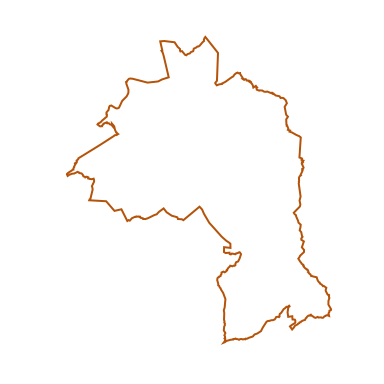 Chapantongo, Hidalgo, Mexico, rotated 82°
{"feature_id": "50627088B87076306063462", "entity_name": "Chapantongo", "entity_type": "district", "adm_level": 2, "iso_a3": "MEX", "parent_name": "Mexico", "parent_adm1": "Hidalgo", "projection": "mercator", "projection_center": [-99.438, 20.245], "detail": "fine", "context": "isolated", "style": "outline", "palette": "amber", "viewbox_px": 384, "rotation_deg": 82, "n_neighbors": 0, "source": "geoboundaries", "source_scale": "gbopen_adm2", "svg_char_len": 5930}
<svg xmlns="http://www.w3.org/2000/svg" viewBox="0 0 384 384"><g transform="rotate(82 192 192)"><path d="M142.8,299.8L143.8,300.2L144.8,301.9L146.1,301.8L146.7,302.1L148.0,303.4L147.2,303.7L147.4,304.0L148.4,303.7L150.4,305.2L150.8,305.1L151.7,305.9L153.3,306.3L153.1,306.9L153.9,307.9L155.7,311.8L156.6,313.2L157.1,313.4L158.8,312.9L157.6,310.7L157.7,310.0L157.2,308.5L157.3,306.1L156.1,302.4L156.8,301.7L157.0,301.1L157.6,300.9L158.2,298.8L159.8,297.7L160.8,297.6L161.5,297.2L161.9,296.1L162.7,295.7L162.2,294.3L162.6,293.3L163.1,292.6L164.1,293.0L164.9,291.3L165.4,289.3L165.1,287.6L166.3,287.3L168.1,287.5L172.3,290.3L174.3,290.0L175.9,290.1L184.5,293.5L184.9,294.3L185.9,294.9L189.2,278.3L199.9,271.4L199.3,264.3L211.7,260.1L211.0,258.8L211.7,257.6L209.6,255.1L208.7,252.1L208.9,251.1L208.4,250.6L209.0,248.7L208.8,248.0L209.5,247.3L209.4,246.7L210.4,246.5L211.2,244.3L211.9,244.2L212.3,241.9L211.8,239.2L209.5,232.2L209.2,230.1L207.2,227.7L204.3,222.4L208.5,220.0L212.7,215.3L214.8,210.4L215.2,210.0L216.8,209.7L217.6,205.8L218.7,204.5L207.6,186.6L210.8,184.4L215.2,183.2L224.9,179.2L240.4,168.8L245.0,164.9L247.3,162.3L248.6,161.2L252.7,161.7L251.1,167.9L255.9,168.7L257.1,167.2L257.3,163.3L258.7,163.3L259.1,162.6L259.2,162.1L258.5,161.1L259.7,157.6L258.9,156.8L258.9,155.4L258.2,153.6L258.6,152.9L260.4,152.1L264.6,154.2L267.2,156.0L267.7,158.1L269.3,159.1L270.5,159.2L271.0,160.1L270.7,161.1L271.2,162.2L270.3,164.4L271.3,165.1L271.9,166.4L272.9,167.1L274.0,168.4L274.6,168.2L275.3,169.5L275.8,169.9L276.1,170.9L275.2,171.9L275.8,174.0L277.3,174.2L278.4,175.2L279.2,175.4L279.6,177.0L280.1,177.2L280.1,177.8L280.9,178.8L282.8,179.3L286.3,178.8L288.1,179.0L288.7,178.2L290.5,177.8L291.2,177.1L292.5,176.9L296.3,175.2L302.7,173.8L310.8,175.7L313.7,177.0L316.4,176.9L323.1,178.1L324.4,177.8L325.6,178.2L326.6,177.7L327.1,178.0L328.4,177.9L329.6,178.8L333.5,179.8L336.3,178.6L338.5,179.9L339.5,179.4L340.6,179.5L341.4,180.1L341.8,179.5L342.8,179.6L343.1,180.0L344.3,180.3L345.6,181.6L345.3,180.4L344.3,178.6L343.7,174.4L343.8,171.7L343.3,171.5L343.5,169.8L343.2,169.2L343.8,168.5L344.1,167.2L344.9,166.0L344.4,164.9L344.5,163.3L345.1,162.1L344.9,160.8L345.3,159.8L344.7,159.2L345.0,158.2L344.2,155.7L343.6,152.0L341.8,149.9L341.2,147.0L339.4,143.1L336.0,140.7L330.8,136.2L330.3,134.8L330.4,133.0L330.0,131.5L330.2,129.9L329.8,128.0L328.8,126.9L327.7,126.3L327.5,125.6L327.5,124.3L328.0,123.2L327.4,122.6L326.5,122.6L324.9,122.0L324.1,120.5L320.7,117.5L320.0,116.0L318.8,114.4L319.4,113.0L318.3,112.2L318.1,111.6L318.8,111.3L319.7,112.7L324.4,114.1L329.0,114.1L329.0,110.0L332.2,110.2L332.7,107.9L333.6,107.6L335.4,107.8L336.1,108.3L337.4,111.4L338.7,113.7L342.1,112.0L340.3,109.9L338.7,108.6L337.8,105.8L337.2,105.4L336.8,104.1L336.1,103.7L336.1,102.5L335.4,101.9L334.7,99.9L334.4,97.9L332.8,96.9L332.6,96.2L331.6,95.5L330.6,93.9L330.9,91.9L330.1,91.7L330.1,91.3L331.0,91.2L331.3,90.3L333.2,88.4L333.8,87.2L333.2,84.9L333.9,84.3L334.1,81.6L334.7,80.7L334.7,79.5L333.5,78.1L333.4,77.0L332.9,76.5L332.8,75.2L333.8,73.5L331.1,73.7L330.1,72.8L328.6,72.4L328.4,71.0L327.4,70.6L322.4,72.6L318.7,72.0L316.0,70.7L315.0,71.0L313.3,70.6L312.9,70.7L312.8,71.6L312.2,72.1L308.9,73.2L307.7,73.3L305.6,72.3L303.7,74.2L303.2,75.1L303.4,75.4L301.8,76.4L300.5,78.0L299.5,78.1L299.2,78.7L297.2,79.8L293.8,80.4L292.2,84.6L291.7,85.0L291.8,85.7L289.9,86.3L289.4,87.0L287.7,88.1L287.6,87.7L285.5,88.1L284.4,89.1L284.6,89.3L282.3,91.3L280.8,92.0L280.7,91.6L279.6,91.9L278.2,93.5L277.2,93.7L276.5,94.3L272.8,96.0L270.9,94.2L270.2,93.9L267.1,89.5L265.0,89.1L262.1,90.9L256.5,88.1L254.5,90.4L253.1,90.2L252.0,88.9L251.5,88.8L251.0,89.2L247.0,89.4L244.9,90.7L242.0,89.5L239.5,88.9L237.2,90.8L235.1,91.0L230.9,92.2L229.4,92.3L228.3,93.4L226.7,94.1L221.4,87.2L219.4,86.4L215.5,86.7L211.6,85.1L198.2,85.1L197.4,84.7L196.7,84.8L195.9,84.4L192.8,84.1L191.5,83.3L190.9,82.3L190.8,82.5L187.0,80.0L186.0,79.5L185.6,79.9L184.4,79.6L184.4,78.7L183.3,78.1L179.5,79.3L179.4,78.9L178.1,79.0L178.2,78.4L177.8,77.8L177.0,78.0L176.5,77.5L176.2,78.5L175.8,78.7L175.3,78.5L175.2,79.0L174.1,78.5L172.8,80.8L153.1,76.7L151.7,78.0L149.9,80.9L146.9,84.8L145.8,87.0L144.8,86.3L143.8,88.4L142.8,87.8L140.1,88.4L139.7,89.0L138.9,88.7L138.5,89.1L133.2,88.6L130.8,86.5L128.6,88.0L120.6,88.4L117.3,85.7L114.2,86.4L111.7,88.4L111.2,90.1L111.2,91.2L109.4,92.0L108.0,95.8L106.8,96.8L106.2,98.1L105.7,97.8L105.0,98.7L105.4,98.9L104.9,100.2L103.0,103.5L103.1,104.8L102.7,106.6L101.3,108.3L100.8,110.6L101.0,111.3L99.7,113.6L97.5,113.8L97.4,113.1L95.8,114.0L97.1,116.7L94.6,117.0L91.8,118.3L91.9,118.6L90.9,119.7L90.6,118.9L90.2,119.3L89.6,120.2L89.2,122.4L88.1,122.7L87.8,123.2L87.6,123.8L88.2,124.8L87.0,126.1L86.9,125.6L81.6,128.0L80.9,127.9L80.9,129.5L80.1,130.3L80.5,131.7L81.6,133.6L83.3,135.1L84.0,136.9L87.6,143.7L88.6,146.7L88.8,146.6L89.2,147.1L89.2,150.1L89.8,152.6L87.8,153.8L87.2,153.8L85.3,151.8L57.9,146.9L40.3,157.2L41.3,158.2L43.0,159.1L44.2,159.1L45.0,160.5L48.3,164.2L48.8,165.3L48.7,166.5L49.6,167.9L50.3,170.3L52.7,171.2L53.3,173.6L54.5,174.9L54.8,177.3L55.8,178.5L55.3,179.7L51.1,182.3L51.2,183.9L50.3,184.2L48.7,184.0L46.3,186.0L41.3,188.4L38.6,198.6L38.4,202.5L47.9,201.7L48.0,202.5L50.0,201.6L53.2,201.1L75.2,199.1L76.3,205.8L77.8,210.2L77.5,220.8L71.6,235.0L71.0,237.5L71.2,238.8L72.9,240.8L73.8,241.2L73.9,242.0L75.8,241.9L81.8,240.7L84.5,241.1L85.7,241.6L88.3,243.5L92.1,248.5L98.3,252.5L98.8,253.7L98.8,254.8L98.3,256.0L95.1,259.9L95.3,261.5L96.5,262.3L99.1,263.2L101.3,265.6L102.4,265.8L103.2,265.5L103.5,265.9L104.4,265.6L105.5,265.9L108.7,271.0L110.2,272.8L111.3,275.7L112.0,276.2L114.2,273.9L114.3,272.4L114.1,272.5L112.5,270.1L112.0,270.1L111.1,266.6L111.5,266.2L112.1,266.4L112.6,264.4L113.5,263.9L114.3,262.4L115.6,261.6L113.4,261.6L116.1,259.9L119.7,259.6L122.5,258.8L122.5,258.4L123.3,258.1L124.3,257.1L124.9,258.6L124.3,258.8L125.0,258.8L125.1,260.8L125.7,261.6L132.8,277.0L142.8,299.8Z" fill="none" stroke="#b45309" stroke-width="2"/></g></svg>